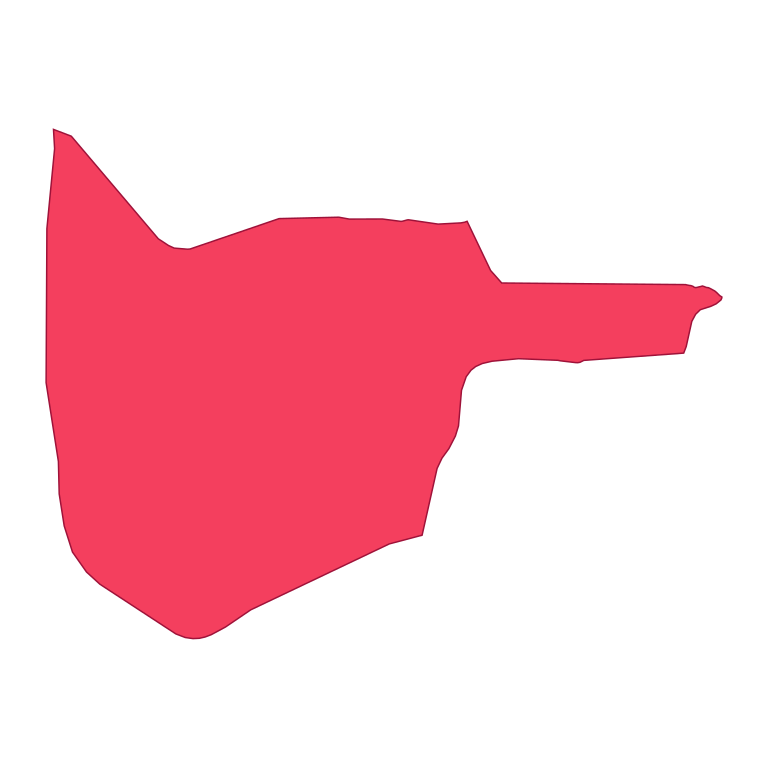 map outline of Northern Bahr el Ghazal (Mercator projection)
{"feature_id": "SDS-147", "entity_name": "Northern Bahr el Ghazal", "entity_type": "State", "adm_level": 1, "iso_a3": "SSD", "parent_name": "South Sudan", "parent_adm1": "", "projection": "mercator", "projection_center": [27.804, 8.898], "detail": "fine", "context": "isolated", "style": "filled", "palette": "rose", "viewbox_px": 768, "rotation_deg": 0, "n_neighbors": 0, "source": "natural_earth", "source_scale": "10m", "svg_char_len": 1214}
<svg xmlns="http://www.w3.org/2000/svg" viewBox="0 0 768 768"><path d="M467.1,221.3L490.6,270.5L501.7,283.0L593.7,283.8L685.7,284.6L686.0,284.7L686.2,284.8L689.2,285.4L690.9,285.6L692.9,286.3L694.3,287.3L695.6,287.6L697.0,287.4L698.9,286.9L700.7,286.5L702.4,286.0L704.3,286.6L706.2,287.4L708.5,287.7L710.6,288.7L714.8,291.0L716.6,292.5L719.7,295.6L721.9,297.0L721.8,298.0L721.0,299.9L716.2,303.8L711.1,306.2L700.3,309.7L695.6,314.3L691.8,321.4L686.2,346.6L683.7,353.1L583.7,360.4L583.2,360.7L580.0,362.3L577.7,362.7L575.5,362.6L560.3,360.8L557.9,360.3L518.5,358.7L492.2,361.2L482.3,363.5L475.7,366.5L471.0,370.2L466.2,376.7L461.5,390.3L458.5,425.9L455.4,436.0L448.9,448.6L442.0,458.1L437.1,468.4L422.1,535.2L389.3,543.9L250.8,609.8L225.5,627.0L211.2,634.7L205.1,637.0L199.4,638.3L193.0,638.6L185.2,637.5L175.8,633.9L100.0,584.3L86.5,572.0L72.5,552.1L64.2,525.9L59.2,493.9L58.4,461.5L46.1,382.6L46.9,228.6L54.6,148.7L53.5,129.4L71.3,136.2L114.8,187.5L158.3,238.8L168.5,245.5L174.2,248.1L187.6,249.2L190.1,249.0L279.1,218.6L338.8,217.2L349.4,219.1L382.4,219.0L401.1,221.4L402.5,221.2L407.3,219.9L408.6,219.8L438.1,224.1L460.9,222.9L464.7,222.2L467.1,221.3Z" fill="#f43f5e" stroke="#9f1239" stroke-width="1.5"/></svg>